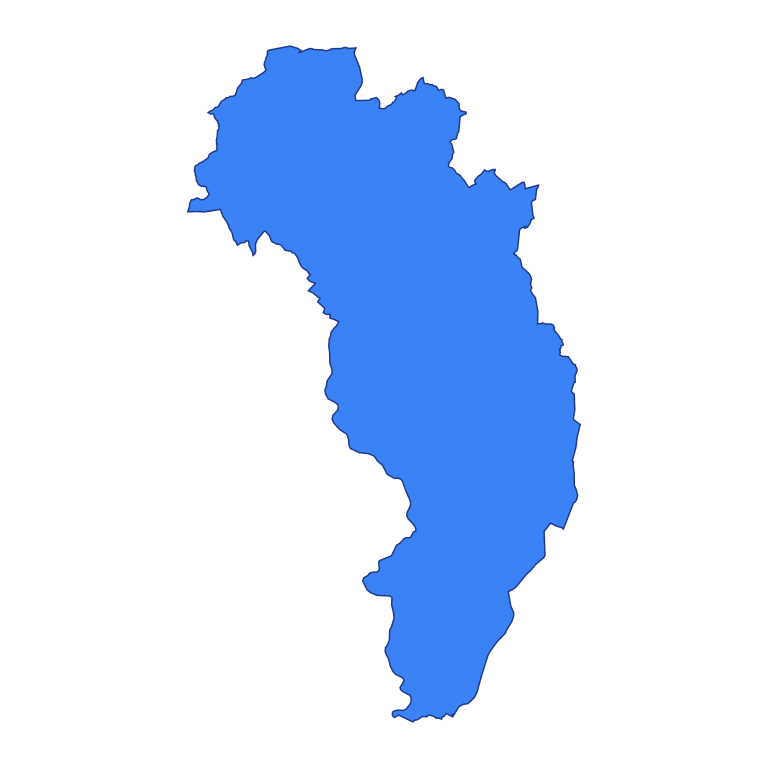 Muinebeag Lea-5, Carlow, Ireland
{"feature_id": "5873133B83238014482062", "entity_name": "Muinebeag Lea-5", "entity_type": "district", "adm_level": 2, "iso_a3": "IRL", "parent_name": "Ireland", "parent_adm1": "Carlow", "projection": "albers", "projection_center": [-6.936, 52.637], "detail": "fine", "context": "isolated", "style": "filled", "palette": "blue", "viewbox_px": 768, "rotation_deg": 0, "n_neighbors": 0, "source": "geoboundaries", "source_scale": "gbopen_adm2", "svg_char_len": 6051}
<svg xmlns="http://www.w3.org/2000/svg" viewBox="0 0 768 768"><path d="M248.0,79.1L242.6,80.0L241.5,83.2L237.6,88.1L235.4,95.2L232.1,96.5L230.3,96.3L228.2,97.8L226.2,97.8L225.5,98.8L221.0,101.7L218.0,107.1L215.3,107.4L212.5,110.4L210.2,111.0L208.2,112.7L210.4,113.9L212.3,113.8L213.9,114.5L214.5,117.5L216.8,120.5L217.8,120.9L217.6,121.9L219.0,125.0L218.5,125.8L219.0,126.5L218.9,128.9L217.6,130.6L217.2,136.5L216.3,140.8L216.9,142.7L216.5,143.5L216.9,144.5L216.9,149.9L215.9,151.1L214.8,151.1L209.6,154.0L208.1,157.8L206.5,159.1L202.2,162.0L199.3,163.2L197.5,165.0L196.8,165.0L195.1,166.3L194.4,170.6L195.5,173.9L195.3,175.3L196.3,177.0L196.3,180.0L198.5,184.6L201.6,186.3L204.9,186.4L206.5,187.5L207.0,190.6L209.0,193.8L208.8,194.9L206.8,197.4L203.5,199.6L201.2,199.8L197.1,197.9L193.5,199.6L191.4,199.8L189.7,203.6L189.4,206.7L187.8,211.8L196.9,211.5L204.8,211.9L220.4,209.4L223.1,216.7L226.7,221.8L228.7,225.8L228.9,227.4L232.1,232.9L233.7,239.8L235.7,241.6L237.4,245.2L241.0,242.9L244.2,242.6L247.0,240.6L248.1,240.9L248.7,241.5L249.2,245.9L252.6,252.5L253.0,255.4L254.7,253.9L255.6,251.9L255.5,243.9L257.5,239.3L263.6,231.9L264.8,231.1L265.5,231.3L269.4,235.7L271.3,240.7L272.2,241.8L277.0,244.2L277.3,243.9L281.3,245.1L285.0,250.2L291.0,251.3L292.1,252.6L294.6,253.4L297.6,257.5L299.5,262.9L301.1,265.9L302.8,268.0L307.4,271.0L308.8,273.2L310.3,274.3L307.3,278.5L309.7,281.1L315.3,283.5L308.3,290.8L313.0,292.9L318.1,297.2L320.0,298.1L317.7,301.9L324.5,308.0L324.3,310.3L323.2,312.6L326.1,314.3L330.1,314.5L329.8,318.0L334.8,319.7L338.7,321.8L336.5,325.8L333.7,328.6L331.1,332.4L330.4,336.7L329.3,338.8L328.8,346.4L329.6,352.1L329.9,362.9L332.0,369.9L332.2,372.6L331.2,375.0L327.3,380.7L326.2,386.7L324.9,390.2L325.7,394.2L328.2,398.9L334.9,402.3L338.0,404.8L338.4,407.5L337.5,410.5L333.0,415.1L332.1,419.0L333.8,423.0L340.2,430.0L346.7,434.0L348.4,438.7L349.1,445.3L350.4,448.5L359.3,452.6L368.2,453.6L373.3,455.6L375.2,457.4L377.3,460.8L382.5,465.2L387.1,474.2L394.2,478.2L398.5,478.3L401.0,479.3L402.5,481.4L405.6,490.2L410.6,501.6L410.4,505.7L407.2,512.4L406.7,515.3L408.1,518.8L412.4,523.2L415.1,526.8L415.9,529.5L415.5,531.2L413.5,531.9L410.6,537.2L409.0,537.9L406.6,537.6L404.1,538.6L400.0,543.1L396.4,545.5L391.5,555.7L379.4,560.7L378.7,562.1L379.3,568.9L378.6,571.0L376.6,572.2L373.8,572.0L369.7,573.0L367.9,575.4L363.8,577.9L362.7,581.0L367.2,589.9L370.9,592.8L376.8,595.3L390.1,596.0L392.0,597.6L391.6,604.5L393.4,612.2L394.1,618.0L391.7,626.2L389.7,630.3L389.3,640.5L387.2,645.6L385.5,647.6L385.2,651.3L386.0,654.2L388.4,658.4L390.4,666.3L393.3,672.0L396.2,674.7L402.2,677.4L403.8,679.6L403.8,681.3L400.1,687.4L400.6,689.6L403.3,691.9L409.7,695.2L410.8,696.7L411.2,699.2L411.0,701.6L409.8,704.5L405.9,709.3L403.2,710.5L398.5,710.0L393.9,711.1L392.6,712.1L392.3,714.8L393.1,716.5L394.7,717.4L398.0,715.4L399.4,715.4L412.9,721.9L414.4,720.3L417.4,719.7L422.4,716.6L427.0,716.7L428.0,715.4L429.6,715.1L434.4,716.6L435.7,718.0L438.5,718.1L441.6,719.1L442.0,717.1L443.9,716.4L446.2,713.5L452.7,716.8L453.2,715.8L452.5,714.8L453.2,715.0L453.6,714.0L454.2,714.4L458.1,707.8L460.0,706.0L463.4,704.3L468.0,703.6L474.3,697.6L477.0,692.0L482.3,673.2L488.1,654.9L490.3,651.0L497.1,641.6L505.3,633.2L506.9,629.5L511.6,621.9L512.8,618.7L513.6,615.9L513.7,612.7L510.8,606.1L508.3,591.6L512.0,589.9L516.0,587.0L526.1,574.7L531.5,569.5L535.3,564.7L543.8,557.6L545.0,555.3L544.1,531.4L550.5,523.2L556.8,526.2L561.6,527.6L563.4,529.0L573.6,502.5L575.3,501.7L576.7,499.3L577.6,495.4L576.3,489.9L574.3,485.4L574.2,474.2L573.2,465.8L573.4,461.6L572.2,460.9L575.9,447.4L577.1,437.3L580.2,424.5L574.7,420.6L573.3,418.8L574.8,409.6L574.2,394.1L571.2,391.4L574.1,382.2L575.2,382.3L575.0,375.5L577.1,371.0L576.8,368.3L575.3,366.1L575.4,364.6L573.8,364.4L572.6,363.1L568.3,356.7L566.1,356.7L565.4,356.2L562.9,356.6L560.0,354.9L559.6,353.8L560.4,352.5L559.6,350.7L560.2,350.1L559.7,348.6L560.6,348.3L561.1,346.0L562.9,345.2L563.2,344.2L561.6,340.3L561.9,339.6L560.6,339.1L559.5,336.8L553.7,329.3L554.2,329.2L554.5,327.8L553.0,325.0L551.2,324.1L545.2,324.0L542.4,322.8L541.4,323.7L538.2,323.5L537.5,324.0L537.9,311.5L535.4,297.7L532.5,294.1L530.5,290.0L531.8,287.8L530.5,284.6L531.5,279.4L530.7,276.6L529.0,273.6L521.9,267.0L520.3,259.4L517.6,257.4L516.3,255.1L514.4,254.5L513.8,253.7L517.5,249.7L519.6,229.6L520.6,228.5L525.5,226.5L525.0,228.1L527.5,227.3L530.1,223.1L531.1,220.6L530.7,220.0L534.1,218.1L532.9,215.2L531.4,202.4L532.3,201.0L535.4,199.6L536.6,189.5L538.4,186.5L538.5,185.1L525.3,188.7L524.3,182.5L522.3,182.3L510.3,190.0L505.9,183.4L502.5,181.4L495.5,175.3L494.2,172.8L495.2,170.2L495.0,169.4L493.7,169.8L492.9,169.4L488.3,171.4L485.8,170.9L484.6,169.9L481.4,174.0L478.4,176.1L474.9,180.1L474.8,182.0L475.9,183.9L471.4,185.9L470.2,187.4L468.5,187.2L463.9,179.9L461.6,177.8L459.7,174.9L456.5,173.5L454.6,170.2L452.6,168.1L449.5,167.3L448.4,166.2L448.8,163.3L452.2,158.1L452.5,154.3L453.8,152.2L451.8,144.5L449.9,141.9L452.6,139.5L454.7,139.3L456.4,138.5L457.6,133.1L458.7,131.8L460.1,116.5L466.1,113.7L466.1,112.2L460.4,110.7L459.1,108.0L459.1,103.9L455.4,99.5L449.5,97.4L445.8,97.8L443.6,90.2L443.1,90.5L441.9,89.3L438.7,90.4L436.7,86.8L432.2,85.0L432.1,84.6L429.5,84.8L428.2,83.8L424.6,83.8L423.8,82.0L423.1,77.6L420.9,78.6L417.8,82.3L415.0,90.8L411.1,90.1L407.7,91.3L405.7,93.2L403.4,94.6L402.3,94.7L401.5,92.9L398.9,95.0L395.5,96.5L396.4,96.8L396.3,98.4L394.1,101.9L393.1,102.8L392.7,102.4L391.4,104.5L387.5,106.2L385.1,108.5L382.2,108.7L379.2,107.9L379.8,104.3L379.4,101.5L378.6,99.7L376.4,97.5L370.6,99.1L370.3,100.2L369.4,100.3L355.7,100.6L355.0,95.3L361.5,84.9L362.1,82.7L362.0,78.5L359.6,67.3L354.3,54.3L354.3,51.8L356.0,48.0L348.9,48.4L345.3,47.4L340.6,48.6L332.0,48.7L328.4,50.4L325.6,50.8L322.3,49.9L313.1,49.5L312.5,48.8L309.9,48.5L298.6,52.9L301.0,50.3L300.1,50.2L297.9,48.4L290.0,46.1L269.8,50.0L268.1,50.5L267.6,51.3L267.3,52.3L267.8,54.2L267.1,54.6L267.4,55.5L265.9,57.9L266.1,58.7L264.6,62.3L264.2,65.1L266.0,70.3L263.3,72.7L256.1,77.4L253.4,78.4L251.0,77.8L248.0,79.1Z" fill="#3b82f6" stroke="#1e3a8a" stroke-width="1.5"/></svg>